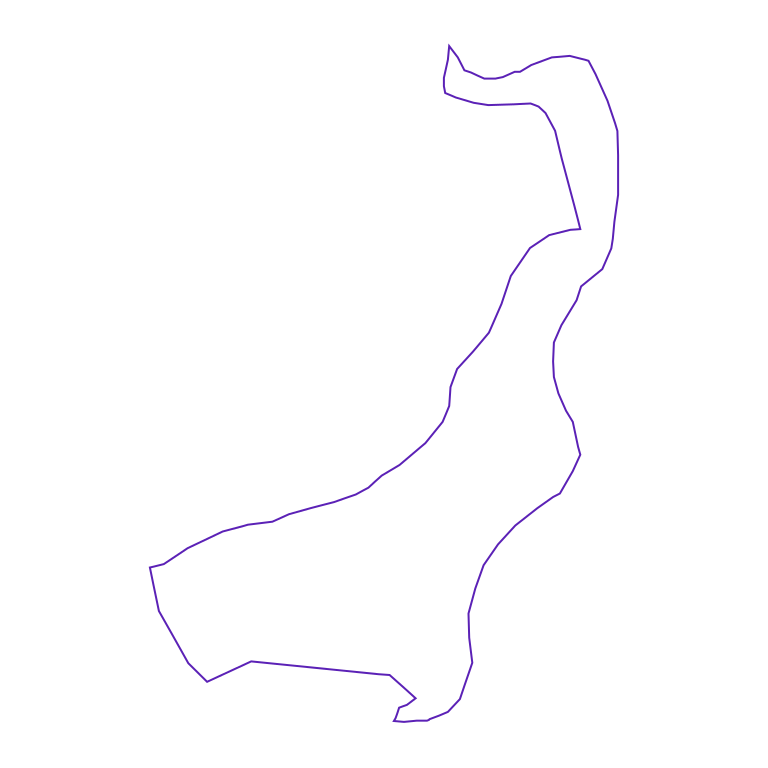 Caico/Millet, Anse-la-Raye, Saint Lucia (Robinson projection)
{"feature_id": "8701671B86605125061107", "entity_name": "Caico/Millet", "entity_type": "district", "adm_level": 2, "iso_a3": "LCA", "parent_name": "Saint Lucia", "parent_adm1": "Anse-la-Raye", "projection": "robinson", "projection_center": [-60.992, 13.921], "detail": "fine", "context": "isolated", "style": "outline", "palette": "violet", "viewbox_px": 768, "rotation_deg": 0, "n_neighbors": 0, "source": "geoboundaries", "source_scale": "gbopen_adm2", "svg_char_len": 1873}
<svg xmlns="http://www.w3.org/2000/svg" viewBox="0 0 768 768"><path d="M472.3,662.8L469.2,637.7L468.5,613.5L475.3,588.5L483.6,565.2L498.0,544.4L515.3,525.5L537.3,508.2L553.1,497.0L559.9,493.5L572.8,471.1L580.3,454.7L578.1,446.9L572.8,421.9L566.0,410.7L558.4,393.4L553.9,377.0L553.1,361.5L553.9,342.5L561.4,325.2L576.6,300.2L581.1,286.4L602.3,269.1L611.3,248.4L612.8,238.9L614.4,221.7L618.1,194.9L618.1,155.2L617.4,131.0L615.1,123.3L607.5,100.8L595.5,74.1L588.5,60.8L584.9,59.7L581.2,58.8L569.7,55.9L559.5,56.8L551.8,57.4L531.3,65.0L530.0,65.8L520.0,71.8L514.7,71.8L502.8,77.1L496.8,78.3L495.5,78.6L484.3,78.6L477.6,75.6L471.0,72.5L464.4,70.3L461.8,65.2L457.8,57.4L449.2,46.1L448.9,49.1L447.9,59.7L446.0,68.4L443.9,77.8L443.9,86.2L444.6,89.8L445.2,93.0L451.9,95.8L455.8,97.5L473.7,102.8L488.3,105.1L491.5,105.0L514.1,104.3L519.9,104.0L530.6,103.5L535.4,105.3L538.6,106.6L545.5,113.0L555.1,130.8L559.9,151.0L561.8,158.8L563.9,166.6L574.3,205.6L578.1,220.3L580.3,229.1L575.1,229.5L570.4,229.8L549.2,235.1L540.3,241.1L530.0,248.0L510.8,276.0L501.5,303.9L491.0,328.0L488.9,332.7L487.4,334.5L473.0,351.6L459.2,366.7L457.1,369.0L450.5,387.1L449.5,402.0L449.2,406.0L445.8,414.3L442.6,421.9L425.4,443.1L419.8,447.8L399.5,465.0L381.7,475.6L374.9,481.7L368.4,487.7L363.3,490.4L355.8,494.5L344.2,498.5L334.0,502.1L322.3,505.1L310.8,508.1L289.0,514.2L272.4,521.7L247.9,524.7L243.8,525.9L222.7,531.5L197.9,543.3L187.6,548.2L163.8,564.1L153.8,566.6L149.9,567.5L153.4,584.6L158.9,611.0L171.8,633.8L188.3,663.2L207.1,681.8L251.2,661.4L378.4,674.2L389.6,675.0L404.0,687.8L415.6,698.3L406.9,704.9L402.9,706.3L399.1,707.7L397.8,711.8L397.0,714.2L396.1,716.7L395.5,718.3L393.9,721.0L404.0,721.9L416.4,720.7L426.9,720.7L428.0,720.3L429.1,719.8L429.5,719.2L438.9,715.7L447.9,711.9L459.9,699.1L464.8,684.6L470.1,669.2L471.8,664.2L472.3,662.8Z" fill="none" stroke="#5b21b6" stroke-width="2"/></svg>